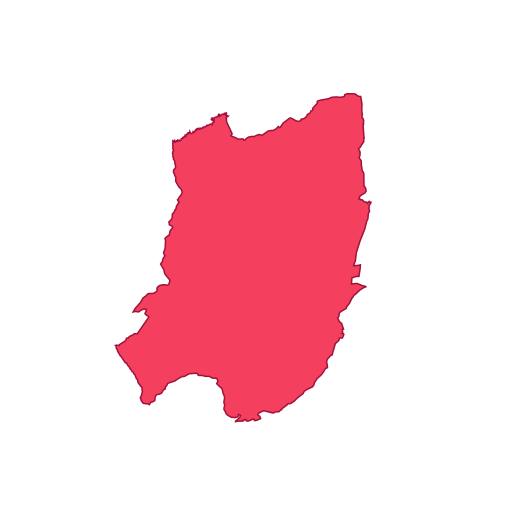 Guasca, Cundinamarca, Colombia, rotated 56°
{"feature_id": "7082276B88398605204412", "entity_name": "Guasca", "entity_type": "district", "adm_level": 2, "iso_a3": "COL", "parent_name": "Colombia", "parent_adm1": "Cundinamarca", "projection": "natural_earth1", "projection_center": [-73.867, 4.802], "detail": "fine", "context": "isolated", "style": "filled", "palette": "rose", "viewbox_px": 512, "rotation_deg": 56, "n_neighbors": 0, "source": "geoboundaries", "source_scale": "gbopen_adm2", "svg_char_len": 6150}
<svg xmlns="http://www.w3.org/2000/svg" viewBox="0 0 512 512"><g transform="rotate(56 256 256)"><path d="M365.5,224.3L359.5,222.7L357.4,223.5L353.2,223.1L352.3,221.0L350.1,219.0L349.6,218.1L349.6,215.8L349.9,210.5L348.7,208.9L347.6,205.3L344.7,200.2L344.2,198.3L343.2,196.9L343.4,195.2L342.3,188.8L342.5,183.8L343.0,182.1L342.7,182.0L339.4,184.9L335.7,187.2L334.7,188.4L332.6,192.5L327.8,188.8L328.9,184.5L330.5,182.1L324.8,176.8L321.7,174.4L321.0,176.5L318.6,180.5L318.4,180.4L315.5,176.2L309.5,171.1L301.3,160.8L294.6,150.9L288.7,144.3L287.8,142.5L283.7,139.2L282.2,136.6L279.8,136.0L279.5,135.4L277.8,134.3L275.9,130.8L275.6,131.3L274.4,131.2L274.0,131.7L274.4,132.4L274.2,133.1L274.8,134.0L273.7,134.0L272.8,134.5L272.6,135.3L271.8,135.9L268.8,136.5L267.9,137.8L267.1,137.8L266.5,138.8L265.6,138.0L264.4,136.0L264.6,130.3L263.8,128.4L261.3,127.3L259.2,127.1L258.1,127.5L257.7,126.9L248.4,120.8L246.5,120.1L245.0,120.4L239.2,117.6L236.1,115.6L232.0,115.5L230.6,113.3L228.9,112.4L228.3,111.7L227.8,111.8L227.1,111.3L225.0,111.2L224.3,110.8L224.2,108.9L222.9,106.3L221.7,103.0L219.2,101.1L218.4,100.1L216.8,99.5L207.4,94.0L206.8,93.0L204.3,91.5L204.1,91.1L202.5,90.5L199.7,90.4L198.5,88.9L194.4,86.9L189.3,83.2L182.3,80.0L181.3,81.3L179.8,82.3L177.4,83.0L176.7,83.6L172.4,89.7L171.9,92.3L173.1,93.4L172.8,94.9L171.0,98.2L169.0,100.5L166.8,104.4L166.1,108.0L162.9,115.3L162.0,118.1L162.1,118.8L163.7,119.8L165.0,125.7L165.5,126.6L166.6,127.3L166.8,128.8L166.5,129.5L167.7,131.3L167.4,134.1L168.7,136.4L168.9,138.3L168.8,139.8L167.8,142.2L168.7,143.0L168.8,144.0L167.8,145.9L166.2,147.3L161.6,149.6L160.5,150.7L161.0,159.3L163.0,164.2L162.6,164.7L161.1,165.1L161.8,167.9L161.7,170.7L161.2,172.2L160.2,173.5L159.2,176.2L159.3,183.7L157.3,185.1L156.6,186.6L155.9,190.7L154.4,192.9L153.2,195.8L153.2,198.3L153.7,200.8L153.2,201.3L152.1,201.2L151.5,201.5L149.1,205.5L147.1,206.4L142.4,209.6L141.3,207.4L128.6,205.4L124.6,203.3L124.5,200.9L124.0,201.4L123.3,200.8L123.7,201.6L122.6,202.3L121.2,200.5L120.7,200.7L120.5,201.5L121.0,202.5L120.0,202.6L120.4,203.9L119.5,204.9L119.8,207.3L119.3,207.0L117.9,207.3L118.4,208.1L119.2,207.9L119.2,208.9L118.4,208.8L119.0,209.6L118.0,213.2L118.6,214.5L117.2,215.0L117.0,215.6L118.1,215.7L117.8,216.6L118.6,216.6L119.4,214.6L120.0,214.6L120.2,215.9L121.1,215.5L121.4,215.9L121.7,216.8L121.3,217.8L122.8,218.8L122.6,219.1L121.8,219.2L121.0,220.3L121.0,223.1L120.3,223.2L120.1,224.1L120.6,224.8L120.6,225.9L119.6,227.5L120.2,228.3L119.8,228.4L119.9,229.4L119.2,230.2L119.7,231.0L118.5,233.0L118.1,233.2L118.0,232.4L117.7,232.9L117.5,234.4L118.4,234.9L117.7,235.6L118.2,236.8L118.8,237.2L118.7,238.3L117.7,238.6L118.7,239.6L118.0,241.7L115.8,241.3L116.8,242.2L115.9,243.1L116.0,244.0L116.8,244.2L116.2,245.6L117.0,246.6L116.3,247.3L117.6,247.7L116.8,248.7L117.2,249.7L116.4,250.9L117.0,250.5L117.5,250.9L116.9,252.4L118.0,253.2L118.1,254.7L117.4,255.4L116.9,255.2L117.0,256.5L116.4,256.1L116.1,256.2L116.5,256.7L116.1,257.4L116.6,258.1L116.5,259.4L116.1,259.6L115.8,259.0L114.5,258.7L114.4,259.0L115.2,260.3L114.1,260.6L120.4,264.8L122.7,265.6L122.9,266.5L123.7,267.4L124.8,268.1L126.2,268.4L127.1,269.4L128.3,269.5L129.8,270.4L131.5,270.2L133.4,271.2L134.2,271.2L134.7,271.9L136.9,272.5L138.1,273.9L138.5,276.1L140.5,277.7L141.8,277.6L143.9,278.4L145.9,278.4L149.1,280.8L155.3,281.3L159.2,280.7L162.0,281.6L163.4,283.8L164.5,287.0L165.3,288.4L165.4,289.6L166.3,289.9L168.0,289.4L170.6,294.6L172.2,295.8L172.2,296.9L173.9,299.5L174.4,301.8L177.9,304.6L178.8,307.3L178.9,309.0L181.6,310.4L184.9,308.7L185.8,309.3L187.1,313.1L190.2,316.4L190.0,318.3L190.5,321.6L192.3,322.2L197.8,326.2L199.6,327.9L201.5,330.8L203.9,331.4L205.0,331.3L206.0,334.3L208.3,336.8L209.3,339.6L216.1,340.1L218.0,341.0L220.4,341.6L227.6,340.9L228.9,341.7L229.6,342.9L230.6,343.6L230.8,345.7L228.4,348.2L226.9,351.3L226.5,353.1L227.0,355.7L228.1,356.7L229.1,356.9L229.7,357.7L229.8,361.6L227.5,365.3L226.9,366.8L227.5,369.4L227.7,373.2L230.0,378.0L231.9,385.4L233.7,389.1L234.7,386.7L236.4,385.1L236.8,384.0L236.6,382.0L237.0,379.6L237.6,378.3L239.0,376.7L240.0,377.7L241.7,380.3L243.3,380.1L246.1,378.8L246.7,379.1L254.1,398.0L252.4,400.1L252.6,402.8L252.1,404.3L252.0,406.4L252.6,407.8L251.7,409.3L252.8,410.5L253.3,411.9L253.1,418.6L253.7,419.4L252.0,421.3L251.6,422.5L252.4,422.3L254.3,423.4L256.4,423.4L257.6,424.0L262.9,424.3L264.8,424.0L270.5,424.1L271.6,423.9L272.8,423.1L274.3,423.5L277.4,423.2L279.0,423.5L280.1,423.2L282.6,423.3L283.8,422.8L285.3,423.2L286.7,422.8L290.7,423.7L292.5,423.4L294.5,424.5L296.7,424.6L297.6,424.2L299.1,424.6L300.5,424.0L301.5,424.1L302.8,425.1L304.8,425.9L308.0,429.6L308.8,431.2L311.9,432.0L314.6,432.0L315.7,431.3L318.2,428.3L319.6,427.5L318.5,425.1L319.0,423.8L319.3,421.2L318.8,420.2L316.5,418.5L315.6,416.7L315.5,415.6L316.6,413.2L316.8,411.1L316.3,409.4L315.5,408.5L315.3,406.8L315.5,405.7L314.0,404.5L313.5,402.5L312.2,400.4L314.2,393.1L314.2,388.5L314.7,384.4L315.5,383.4L315.9,382.0L316.2,377.4L319.9,370.9L320.9,370.4L322.3,370.6L323.1,370.1L324.7,367.7L327.7,365.0L329.2,362.6L330.6,361.4L332.8,360.5L335.4,357.0L338.4,357.4L339.7,359.8L340.1,360.0L347.2,358.4L351.4,360.1L354.8,360.7L357.0,362.2L359.2,364.4L362.2,365.4L364.2,367.6L365.5,368.4L368.1,368.5L370.0,369.0L372.2,368.5L376.0,366.6L378.2,363.8L379.0,361.6L378.8,360.3L377.7,358.8L379.6,357.9L380.5,359.4L381.4,363.5L381.5,365.2L381.9,365.6L382.8,363.3L385.4,359.4L385.5,358.1L385.0,358.1L385.5,356.2L386.1,355.9L387.2,356.3L387.9,355.7L388.7,354.2L389.6,349.5L390.2,349.1L391.1,349.0L391.5,349.3L391.9,349.0L392.8,346.5L393.4,343.1L391.2,342.5L388.7,343.4L388.1,342.5L387.8,340.9L388.6,336.1L395.6,329.8L396.0,328.6L396.2,326.8L397.9,324.2L397.5,321.5L397.8,320.8L397.1,319.9L396.8,313.3L396.3,312.4L397.6,310.0L397.7,305.5L396.8,301.0L396.4,293.8L395.1,291.6L395.1,288.8L396.1,282.4L395.2,280.1L393.7,278.4L391.8,273.7L391.1,268.7L390.0,265.2L388.2,261.5L388.5,259.2L385.7,257.6L383.6,256.9L382.0,255.4L381.3,254.0L380.2,249.7L380.6,248.3L373.0,239.2L372.5,235.3L372.0,234.0L370.6,232.6L372.3,230.2L370.1,227.0L369.5,226.9L368.2,228.0L368.1,227.1L365.1,225.3L365.5,224.3Z" fill="#f43f5e" stroke="#9f1239" stroke-width="1.5"/></g></svg>